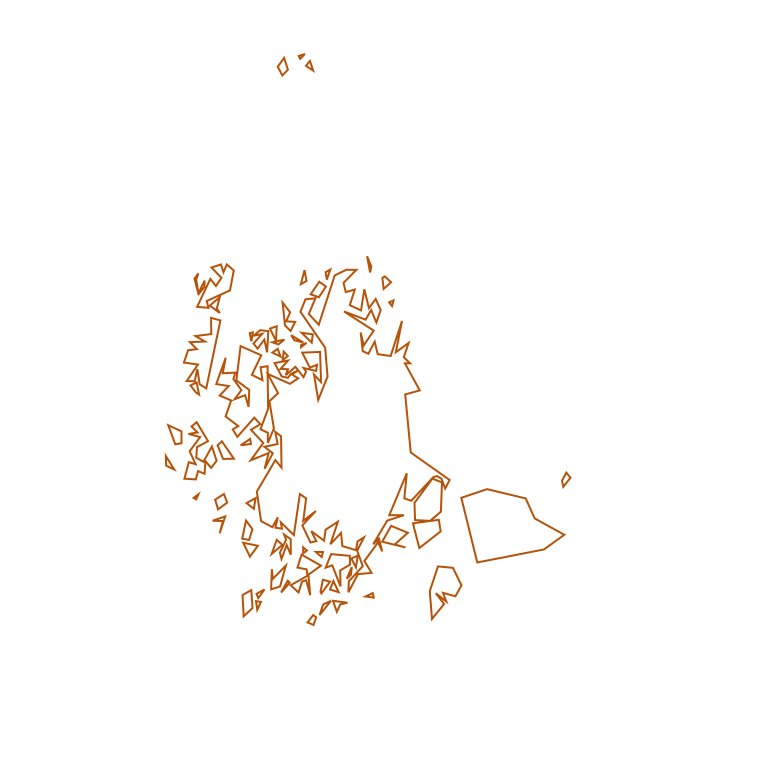 the district of Cat Hai, Quảng Ninh, Vietnam, rotated 204°
{"feature_id": "81297802B5756602808944", "entity_name": "Cat Hai", "entity_type": "district", "adm_level": 2, "iso_a3": "VNM", "parent_name": "Vietnam", "parent_adm1": "Quảng Ninh", "projection": "equal_earth", "projection_center": [107.044, 20.763], "detail": "fine", "context": "isolated", "style": "outline", "palette": "amber", "viewbox_px": 768, "rotation_deg": 204, "n_neighbors": 0, "source": "geoboundaries", "source_scale": "gbopen_adm2", "svg_char_len": 6227}
<svg xmlns="http://www.w3.org/2000/svg" viewBox="0 0 768 768"><g transform="rotate(204 384 384)"><path d="M331.8,179.2L330.5,199.7L318.5,206.4L329.9,214.3L325.0,237.1L317.5,230.3L325.7,240.6L328.7,233.2L325.5,260.5L312.4,272.3L325.8,266.3L326.9,311.7L318.9,287.8L311.6,288.4L301.1,318.9L298.1,321.5L292.9,320.8L285.6,313.4L285.0,323.0L331.7,332.3L360.4,383.1L348.7,392.7L373.3,411.4L368.5,413.5L376.8,416.5L378.2,431.5L386.1,417.8L393.2,449.0L389.3,412.3L401.9,408.7L409.7,418.9L410.6,405.3L416.8,405.3L426.3,421.6L418.2,411.0L415.1,428.6L450.1,434.0L427.0,435.3L425.8,446.4L416.0,437.1L417.1,450.2L426.2,458.3L428.6,447.2L440.5,462.5L434.9,441.9L447.3,442.1L449.1,458.4L456.3,452.4L462.1,459.9L455.7,477.0L464.8,473.1L473.2,463.2L467.7,411.6L481.2,417.4L481.5,434.4L490.2,429.4L489.7,416.0L452.5,393.2L438.6,367.8L437.6,342.7L451.8,364.2L442.3,360.1L455.4,387.3L471.5,379.4L458.4,368.8L453.0,374.3L451.3,368.3L464.0,365.9L460.2,363.7L460.3,357.5L471.9,363.7L477.4,352.1L477.7,358.4L484.6,355.8L481.2,366.4L492.5,358.6L480.5,349.3L474.3,350.6L473.0,355.7L468.1,361.2L472.0,355.2L464.7,354.3L470.0,345.9L494.2,345.9L477.0,332.5L481.7,321.7L466.5,298.6L466.1,282.9L470.3,292.2L478.4,292.4L479.8,314.3L497.6,352.9L503.6,349.1L496.6,338.1L508.4,338.6L507.8,360.3L530.4,360.3L520.4,327.3L504.7,323.8L498.4,308.0L506.3,317.3L514.3,309.3L511.8,320.4L523.7,327.4L524.3,334.0L535.7,328.2L539.3,343.6L537.2,315.7L525.0,319.0L529.4,306.6L516.9,306.8L515.5,289.9L500.0,286.3L503.7,281.0L496.5,276.1L488.8,300.5L480.7,297.0L486.9,288.1L470.3,281.0L474.7,260.1L461.3,274.0L458.6,258.0L457.4,275.5L467.7,278.0L456.8,285.9L463.9,296.1L456.8,294.4L443.6,265.9L452.3,270.3L456.4,234.0L440.5,208.7L427.7,207.8L426.8,219.0L424.8,208.6L418.4,210.3L422.0,215.7L404.9,209.3L416.1,249.3L408.6,247.8L402.1,226.1L394.6,240.3L401.1,221.6L386.7,209.3L381.9,212.9L390.6,220.0L375.0,216.5L378.1,227.2L370.1,239.4L367.8,215.8L362.7,230.5L356.1,219.0L342.0,220.8L344.1,229.5L339.9,235.8L340.7,220.8L329.3,208.9L335.9,189.5L331.8,179.2ZM157.9,319.6L191.7,322.5L208.0,337.1L247.0,329.9L267.1,311.5L226.2,258.9L170.6,297.9L157.9,319.6ZM565.4,306.5L558.1,309.5L560.6,321.7L552.3,308.8L544.6,307.7L559.3,375.5L568.9,374.1L562.1,359.4L575.7,351.1L564.8,350.0L578.3,343.3L569.1,339.7L576.7,335.2L575.5,322.2L561.9,326.1L565.4,306.5ZM257.9,213.3L244.6,188.9L239.6,207.5L251.6,213.9L238.6,210.6L245.2,217.2L232.4,219.1L231.3,231.6L246.3,244.1L260.5,239.3L257.9,213.3ZM307.8,287.8L300.3,272.3L286.2,277.7L280.1,290.5L291.0,317.7L301.3,317.2L307.8,287.8ZM586.1,378.5L575.3,382.2L579.7,387.7L562.8,406.9L567.4,426.6L576.2,429.3L576.1,420.8L581.6,426.9L589.0,420.2L575.7,414.9L577.4,405.1L585.4,409.4L586.1,378.5ZM527.8,216.3L517.1,220.3L518.4,228.8L511.4,229.0L515.7,240.8L507.8,237.1L505.7,245.8L515.8,256.9L517.3,239.4L525.5,240.3L529.2,250.3L521.5,260.2L539.6,272.9L542.5,266.9L534.6,263.9L542.3,258.9L530.4,260.7L534.2,243.5L523.4,234.1L530.5,233.2L527.8,216.3ZM300.9,268.5L285.0,248.5L272.3,272.4L278.7,282.2L300.9,268.5ZM387.4,162.2L377.3,158.8L378.5,170.1L375.3,173.1L365.5,161.0L375.5,179.1L367.7,192.4L389.9,194.6L388.4,181.1L379.3,183.2L375.9,177.7L387.4,162.2ZM341.4,181.4L348.2,195.9L341.5,205.2L345.4,213.1L363.1,207.1L362.6,192.5L357.5,197.3L341.4,181.4ZM321.5,239.2L297.9,243.4L308.9,241.8L301.7,257.8L319.8,257.3L321.5,239.2ZM503.7,365.4L511.2,385.3L519.0,382.8L522.8,374.9L515.7,380.2L519.7,367.9L513.9,364.9L511.4,375.9L503.7,365.4ZM403.6,150.5L396.6,156.8L399.8,178.1L406.3,160.8L411.1,169.2L403.6,150.5ZM427.4,133.7L417.7,114.7L413.0,125.9L421.4,141.7L427.4,133.7ZM500.5,250.1L490.8,254.7L508.8,265.7L511.1,260.3L500.5,250.1ZM410.5,187.7L406.5,182.5L407.4,197.3L399.7,190.1L406.1,204.3L414.0,205.9L410.1,201.9L410.5,187.7ZM450.6,185.0L443.8,186.7L445.1,197.8L454.5,203.1L450.6,185.0ZM564.3,258.6L550.2,244.0L544.9,247.5L549.8,258.4L564.3,258.6ZM490.9,394.4L490.4,404.6L498.9,401.5L498.9,411.3L509.7,417.1L498.3,397.3L490.9,394.4ZM448.0,181.7L436.2,171.7L433.5,184.9L448.0,181.7ZM475.4,193.3L473.4,180.7L475.2,198.4L484.9,189.4L475.4,193.3ZM484.6,202.0L479.0,211.9L485.5,218.4L491.2,209.7L484.6,202.0ZM344.3,164.3L349.9,157.8L348.9,146.7L344.3,164.3ZM610.1,630.6L602.4,624.6L599.6,632.0L607.9,641.3L610.1,630.6ZM487.5,436.1L478.8,436.7L476.7,449.4L484.7,451.1L487.5,436.1ZM423.0,470.7L418.9,479.8L427.0,482.6L428.6,480.2L423.0,470.7ZM505.5,393.1L510.7,388.2L500.2,379.5L505.5,393.1ZM334.4,156.7L334.3,164.9L328.4,169.3L342.5,165.2L334.4,156.7ZM454.9,227.5L461.1,219.3L452.1,217.0L454.9,227.5ZM181.4,377.2L182.0,368.0L178.4,363.0L175.5,374.2L181.4,377.2ZM480.0,397.3L466.9,392.4L469.2,400.4L480.0,397.3ZM575.0,384.7L562.9,382.1L567.4,384.8L569.4,396.5L575.0,384.7ZM342.8,211.3L335.1,205.1L338.2,216.6L342.8,211.3ZM418.6,198.0L417.5,183.1L411.4,195.7L418.6,198.0ZM600.0,403.2L589.3,389.7L598.1,403.1L598.5,409.6L600.0,403.2ZM483.9,279.4L490.0,269.7L481.2,275.1L483.9,279.4ZM560.2,304.0L552.2,299.7L548.6,299.1L555.8,309.2L560.2,304.0ZM356.8,135.1L350.3,135.2L351.1,143.3L354.7,144.1L356.8,135.1ZM360.2,180.4L357.5,168.3L356.0,167.2L352.9,181.4L360.2,180.4ZM549.8,220.8L540.9,220.6L553.9,229.4L549.8,220.8ZM589.9,405.5L590.4,392.5L589.5,392.3L587.6,399.7L589.9,405.5ZM483.7,387.5L474.6,389.1L488.7,390.8L483.7,387.5ZM498.7,367.3L489.7,367.0L495.4,372.9L498.7,367.3ZM527.3,375.8L522.5,369.0L524.8,377.8L527.3,375.8ZM412.6,133.6L407.9,126.1L407.8,134.9L412.6,133.6ZM339.0,203.7L338.8,191.0L336.6,196.4L339.0,203.7ZM496.6,377.2L493.1,384.0L503.0,376.7L496.6,377.2ZM451.4,493.8L442.1,480.3L443.4,486.2L451.4,493.8ZM391.9,165.1L393.2,151.6L389.3,164.1L391.9,165.1ZM502.9,455.7L500.6,441.4L496.7,446.5L502.9,455.7ZM409.6,147.7L415.1,140.5L411.8,137.3L409.6,147.7ZM378.0,202.8L370.6,200.6L371.4,205.7L378.0,202.8ZM350.1,183.4L349.7,174.3L340.7,175.4L350.1,183.4ZM314.4,182.4L306.5,184.7L309.3,188.4L314.4,182.4ZM584.7,642.9L576.1,641.5L583.1,649.0L584.7,642.9ZM590.5,653.3L595.3,649.0L592.9,647.0L590.5,653.3ZM386.7,200.5L391.4,201.9L388.9,196.4L386.7,200.5ZM474.8,383.9L471.5,390.1L475.6,385.7L474.8,383.9ZM488.8,372.8L486.3,364.4L483.3,370.5L488.8,372.8ZM482.8,462.4L478.7,456.1L479.6,466.7L482.8,462.4ZM508.7,202.2L508.7,207.7L511.6,202.5L508.7,202.2ZM409.3,464.2L412.5,460.7L408.4,458.5L409.3,464.2Z" fill="none" stroke="#b45309" stroke-width="2"/></g></svg>